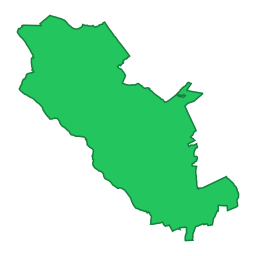 Schitu Duca, Iasi, Romania (Natural Earth projection)
{"feature_id": "2599482B72695645747592", "entity_name": "Schitu Duca", "entity_type": "district", "adm_level": 2, "iso_a3": "ROU", "parent_name": "Romania", "parent_adm1": "Iasi", "projection": "natural_earth1", "projection_center": [27.758, 47.015], "detail": "fine", "context": "isolated", "style": "filled", "palette": "green", "viewbox_px": 256, "rotation_deg": 0, "n_neighbors": 0, "source": "geoboundaries", "source_scale": "gbopen_adm2", "svg_char_len": 5731}
<svg xmlns="http://www.w3.org/2000/svg" viewBox="0 0 256 256"><path d="M202.5,93.9L202.5,93.3L190.2,91.2L186.9,90.4L187.0,90.0L188.5,87.6L191.0,84.0L191.2,83.5L190.1,83.2L188.7,82.4L187.4,82.9L186.6,84.4L185.4,85.9L183.5,87.0L182.4,87.9L181.1,89.4L180.2,90.0L179.9,91.0L179.3,91.7L177.7,93.0L176.4,94.6L176.9,94.9L178.5,94.4L179.0,94.9L180.2,95.1L181.6,95.7L182.5,95.5L183.1,94.9L183.3,95.2L183.6,95.2L184.1,94.8L185.4,95.7L184.3,96.4L183.6,97.3L183.1,97.2L182.6,96.8L181.3,96.6L180.2,96.7L179.9,96.2L179.5,96.6L178.9,96.5L178.5,96.3L178.4,95.7L177.5,95.6L177.0,94.9L176.8,95.0L176.3,94.7L169.8,99.9L165.7,102.3L165.0,101.8L164.7,102.0L164.4,101.7L163.5,100.7L163.2,100.1L162.5,99.4L161.1,99.1L160.8,98.8L160.5,98.2L155.6,94.7L153.7,93.2L151.6,91.0L149.6,89.8L149.3,89.4L149.8,88.9L149.1,88.2L148.3,87.8L147.7,88.0L146.4,87.9L144.7,88.4L144.4,88.3L142.4,86.7L141.7,85.7L140.9,85.5L138.5,83.5L136.3,84.1L135.5,85.0L132.4,84.8L129.4,85.2L126.4,84.7L122.3,83.2L125.0,77.1L125.5,75.3L124.8,74.4L123.5,72.0L122.6,71.2L121.6,69.5L121.1,69.1L119.3,68.5L117.8,67.1L117.5,66.3L117.8,66.2L118.1,66.5L119.2,64.9L120.2,65.0L120.4,65.2L120.3,65.5L120.5,65.7L121.8,64.1L123.5,62.9L122.8,61.9L123.4,61.2L123.1,61.0L123.7,60.6L124.0,59.9L125.4,58.9L126.3,59.0L127.2,58.3L127.5,57.2L128.3,57.2L128.7,57.0L129.5,56.4L129.6,56.0L124.0,48.5L123.6,47.8L122.2,46.3L121.4,45.0L118.5,41.5L115.2,36.8L114.1,36.3L113.5,35.2L113.6,34.8L112.8,33.9L110.9,31.2L109.2,29.1L104.6,22.1L102.8,23.1L102.7,23.8L102.4,24.3L101.1,24.4L99.2,25.1L98.9,25.2L98.6,25.9L98.0,26.3L97.3,26.5L96.3,26.5L95.5,27.1L95.1,27.1L94.0,26.5L93.0,25.5L92.6,25.8L91.4,26.1L90.1,26.1L88.2,25.8L87.2,25.3L85.5,25.5L82.7,24.5L82.5,25.1L82.4,26.3L80.4,27.7L78.2,28.8L76.3,29.2L72.8,28.2L68.3,24.5L66.3,22.0L64.6,20.3L60.4,18.5L58.6,18.2L55.5,17.0L53.9,16.9L52.1,16.1L51.2,16.0L50.0,15.4L45.8,18.9L45.8,19.2L44.9,19.6L40.0,23.8L41.2,25.6L23.5,25.2L23.4,25.4L22.5,25.4L22.5,26.0L21.9,25.9L21.7,26.5L21.6,27.3L20.4,28.4L20.3,28.7L19.6,28.4L18.6,28.6L17.4,31.6L17.5,32.6L19.7,35.7L20.8,37.0L22.7,38.7L25.4,42.1L26.8,44.9L28.1,46.6L28.8,47.9L30.2,50.0L30.9,51.7L32.0,53.6L33.2,55.1L32.8,56.3L33.8,57.5L33.8,57.8L33.5,58.1L31.7,58.1L31.5,58.3L31.4,59.5L31.4,62.1L31.3,62.7L31.6,63.5L31.6,64.8L31.9,65.6L31.7,66.7L32.9,68.8L32.7,69.1L32.0,69.5L31.9,69.9L33.7,71.6L33.9,71.9L33.1,72.3L27.7,73.7L26.4,74.7L26.1,76.2L24.7,79.1L23.5,79.2L22.5,81.0L21.9,82.6L22.0,83.9L20.4,86.2L20.1,87.7L19.3,88.7L19.3,88.9L20.2,90.4L23.3,93.2L24.9,94.3L26.7,94.9L29.1,96.6L33.4,98.7L36.9,102.2L39.8,104.3L40.4,105.2L41.9,106.6L42.6,108.1L43.1,109.9L45.3,113.4L47.6,116.3L49.3,117.9L49.6,119.0L52.2,119.0L54.4,118.2L54.9,118.2L57.0,118.4L58.0,119.2L58.4,119.6L59.6,121.8L60.0,123.2L61.5,125.3L62.5,126.3L64.5,127.5L65.8,128.6L67.1,129.9L68.9,131.3L69.7,132.4L70.1,133.4L71.1,134.7L73.7,135.3L75.6,136.2L80.7,136.4L81.6,136.7L83.9,136.9L84.7,137.4L86.4,139.4L85.8,139.6L86.6,140.7L87.1,142.4L87.0,143.1L87.2,144.2L87.2,144.8L88.8,146.2L89.5,147.1L92.4,148.7L93.5,150.9L93.3,151.5L93.0,154.2L92.8,154.3L93.0,154.9L92.8,155.4L92.1,155.9L92.8,158.7L92.7,159.1L93.2,159.3L93.4,159.7L93.1,159.9L93.5,161.3L93.4,161.7L92.9,162.2L92.8,162.7L93.0,165.2L94.4,167.3L94.8,167.9L97.8,169.9L98.7,170.8L99.7,171.0L100.5,171.4L101.9,172.0L103.1,173.5L103.5,174.6L103.9,176.5L104.3,177.5L105.1,178.7L108.6,180.4L110.2,181.6L111.2,182.6L112.5,184.6L117.9,188.4L119.9,187.8L120.4,187.8L122.6,188.8L124.9,190.3L130.2,197.4L130.6,198.1L131.6,200.9L133.1,204.3L134.0,205.8L135.9,208.2L138.3,208.9L140.9,210.3L141.5,210.0L143.9,211.1L144.7,211.3L145.3,211.2L145.6,211.5L146.1,211.2L146.2,211.7L147.1,212.8L147.5,213.0L147.9,212.9L148.2,212.5L148.3,212.0L148.5,211.9L149.3,212.6L150.1,214.5L151.3,216.2L151.4,217.5L150.8,220.7L150.9,222.9L150.6,224.2L153.1,224.2L157.1,223.4L160.3,223.0L162.4,222.1L163.3,223.5L163.4,224.0L163.9,224.9L165.3,226.2L167.0,225.6L167.9,225.7L169.2,225.1L169.5,225.2L169.9,226.4L170.1,226.6L172.6,231.3L173.2,230.8L176.8,229.1L179.1,229.0L180.0,229.4L179.7,228.7L179.6,227.7L185.7,227.3L186.4,227.5L186.6,228.1L186.4,229.6L186.5,231.2L186.7,231.6L186.7,232.4L186.7,232.8L186.1,233.3L186.0,234.5L185.6,235.1L185.4,235.8L185.1,238.4L185.3,240.6L193.0,240.2L192.4,238.7L192.5,238.3L193.0,237.3L192.7,234.5L193.2,233.5L193.4,232.5L194.2,230.9L194.7,229.1L195.8,226.4L198.2,225.9L203.2,223.7L203.8,224.7L205.7,223.9L205.8,224.2L206.9,223.8L208.1,225.6L212.4,224.8L213.4,218.8L213.8,217.9L214.6,217.1L217.2,211.0L217.9,211.2L218.2,211.1L218.2,210.3L218.4,208.3L218.2,207.5L218.2,205.6L218.3,205.4L223.1,205.7L227.0,205.7L227.3,207.4L227.5,210.6L236.0,207.1L237.3,206.3L237.6,205.9L237.5,203.9L236.9,200.1L237.0,199.6L238.3,197.8L238.5,197.1L238.6,193.7L237.1,190.4L237.2,190.1L237.2,189.6L236.2,187.4L235.6,186.5L234.2,185.2L233.6,183.9L233.2,183.3L228.4,178.8L227.1,178.0L226.6,177.3L226.4,176.6L202.4,188.0L198.9,188.1L199.0,188.7L198.7,189.0L198.3,188.9L197.9,188.4L197.4,188.3L197.5,187.1L197.0,186.3L196.8,185.4L196.7,183.2L196.8,181.9L196.4,180.0L196.3,177.9L196.4,176.9L196.3,175.9L196.0,175.1L195.7,172.1L195.8,169.8L196.6,166.4L192.3,166.0L192.0,164.3L192.7,163.4L193.1,163.5L193.3,163.2L194.0,163.2L194.7,162.0L196.7,160.9L196.7,160.5L196.5,159.7L197.2,159.2L197.4,157.2L196.9,157.0L196.6,156.4L194.7,156.4L194.1,156.1L193.9,155.2L194.0,154.4L193.8,153.3L194.2,151.7L195.5,148.6L195.8,148.3L197.2,147.7L197.5,147.3L196.6,144.4L196.6,143.8L193.3,145.4L192.3,145.1L190.7,145.2L189.9,146.0L188.9,146.5L188.6,145.4L187.8,144.1L192.1,141.8L192.3,141.9L194.8,140.4L193.4,139.4L193.5,139.1L193.4,138.9L190.5,137.2L190.8,136.6L192.7,135.1L193.8,132.4L195.0,131.3L196.1,130.7L195.3,128.7L187.1,111.2L187.0,110.7L184.9,106.1L187.9,103.3L194.0,101.2L202.5,93.9Z" fill="#22c55e" stroke="#15803d" stroke-width="1.5"/></svg>